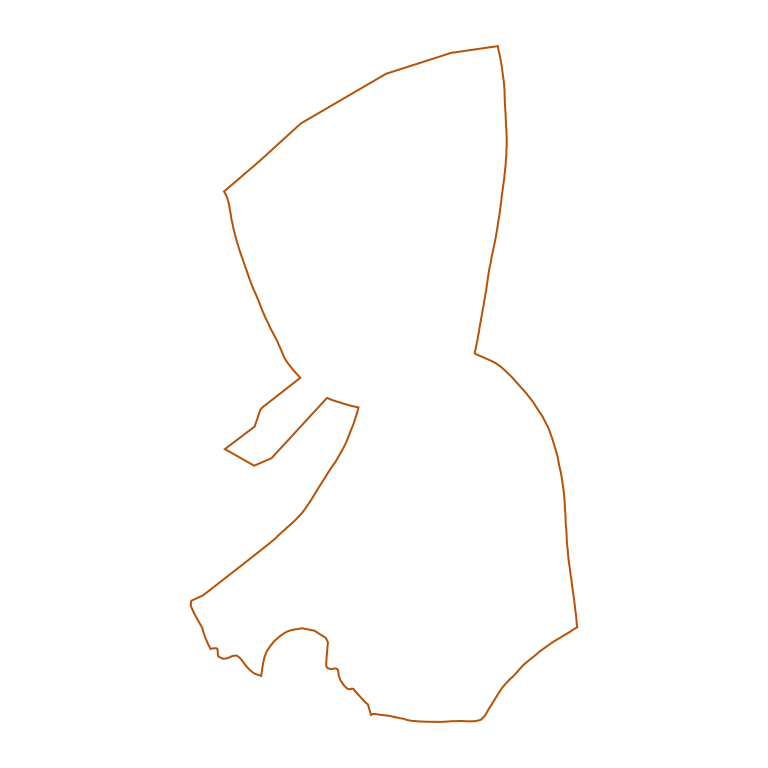 Al Quraishyah, Al Bayda', Yemen (Robinson projection)
{"feature_id": "15242507B46472407161282", "entity_name": "Al Quraishyah", "entity_type": "district", "adm_level": 2, "iso_a3": "YEM", "parent_name": "Yemen", "parent_adm1": "Al Bayda'", "projection": "robinson", "projection_center": [44.898, 14.605], "detail": "fine", "context": "isolated", "style": "outline", "palette": "amber", "viewbox_px": 768, "rotation_deg": 0, "n_neighbors": 0, "source": "geoboundaries", "source_scale": "gbopen_adm2", "svg_char_len": 6073}
<svg xmlns="http://www.w3.org/2000/svg" viewBox="0 0 768 768"><path d="M466.6,721.3L470.6,721.3L473.6,721.2L475.2,721.2L475.9,721.0L478.6,720.4L481.0,719.7L483.1,717.6L484.9,715.6L486.5,713.1L488.0,710.3L489.5,707.8L491.6,704.6L493.0,702.2L494.6,699.7L496.1,697.2L497.7,694.6L499.5,691.8L501.2,689.2L502.8,687.0L504.6,684.9L506.7,682.6L508.6,680.6L510.7,678.5L513.1,676.4L515.4,673.9L517.3,671.8L519.1,669.8L521.3,667.2L523.1,665.3L525.4,663.2L527.5,661.5L529.9,659.6L535.0,655.5L537.1,653.7L539.1,651.9L541.3,650.3L543.6,648.6L546.2,646.8L549.1,644.7L554.2,641.2L557.1,639.5L559.7,638.0L562.6,636.1L565.2,634.7L567.5,633.3L570.0,631.8L572.3,630.1L575.8,628.0L577.3,627.3L576.8,624.7L576.6,621.7L576.3,618.3L576.0,615.2L575.6,611.9L575.1,609.0L574.9,606.2L574.5,603.2L574.2,600.1L573.3,594.2L572.9,591.3L572.5,588.3L572.1,585.5L571.7,582.6L571.4,579.4L570.8,576.4L569.4,565.3L568.9,562.3L568.5,558.7L568.1,554.9L567.6,548.7L567.2,545.5L566.9,542.6L566.7,538.4L566.6,535.3L566.3,529.5L565.6,522.4L565.6,519.5L565.3,512.8L565.0,510.0L564.6,500.8L564.3,497.5L564.0,493.9L563.4,489.4L563.1,487.2L562.7,484.4L562.4,482.0L562.3,481.6L561.8,478.3L561.3,474.9L560.7,471.8L559.4,466.4L558.8,463.4L558.2,460.0L557.6,456.7L556.7,453.5L555.9,450.8L555.0,447.8L554.1,444.6L553.1,441.4L552.3,438.7L551.3,436.0L550.1,432.5L549.0,429.7L547.9,426.9L546.6,424.5L545.3,422.0L543.9,419.3L542.7,416.8L539.3,411.7L537.6,409.1L535.9,406.5L534.1,403.6L532.5,401.3L530.9,399.1L528.6,396.3L526.4,393.4L522.2,388.7L520.2,386.5L519.3,385.5L517.7,383.6L515.5,381.3L514.2,379.7L513.5,378.9L512.2,377.5L509.8,375.1L507.7,373.1L503.3,368.9L501.2,367.1L499.1,365.5L496.9,364.0L494.8,362.6L492.3,361.4L490.0,360.3L484.4,357.8L481.9,356.8L479.2,355.6L476.4,354.4L474.6,353.2L474.8,352.2L475.1,350.7L475.4,349.8L475.8,348.1L476.5,344.4L476.7,343.4L477.0,342.1L477.6,339.1L478.1,335.8L478.8,332.5L479.3,329.1L479.8,326.2L481.1,319.0L482.3,312.3L482.7,309.6L483.4,306.8L483.8,303.6L483.8,303.4L484.4,300.2L484.9,297.8L485.0,296.9L485.6,293.0L486.3,289.5L486.6,286.9L487.2,283.3L487.7,279.2L488.1,276.5L489.3,268.9L490.8,262.3L491.3,259.1L491.8,256.0L492.5,253.1L493.2,250.0L493.8,246.5L494.1,245.3L494.3,244.6L494.5,243.6L495.2,240.4L495.3,239.6L496.2,234.6L496.9,230.7L497.5,226.8L497.9,223.8L498.5,220.3L499.0,217.0L499.5,214.0L500.0,210.5L500.4,207.2L501.4,199.9L501.6,197.1L502.5,190.7L502.9,187.6L503.8,181.4L504.3,177.4L504.6,174.1L505.0,170.7L505.3,167.7L505.7,164.4L505.8,161.6L505.9,158.8L506.3,155.7L506.4,152.9L506.4,149.7L506.7,145.9L506.7,140.1L506.5,132.7L506.3,129.2L506.0,125.7L505.9,121.8L505.6,114.3L505.1,107.2L504.8,100.8L504.7,97.8L504.6,94.7L504.6,91.8L504.4,88.8L504.1,85.5L503.9,82.3L503.4,78.6L502.9,75.3L502.0,68.6L501.6,65.6L501.1,62.8L500.5,59.0L499.8,55.4L499.0,52.3L498.3,49.0L497.9,46.1L451.0,52.9L386.0,73.8L300.9,123.4L259.5,161.1L224.0,191.5L224.3,192.0L225.9,194.8L227.1,197.7L228.0,200.6L228.8,203.3L229.4,206.5L229.8,209.3L230.4,212.2L230.9,215.4L231.3,218.5L231.9,221.2L232.7,224.5L233.2,227.4L233.9,230.2L234.7,233.7L235.5,236.7L236.4,240.0L237.2,242.7L239.1,248.9L240.0,251.5L241.1,254.9L242.1,257.7L243.1,260.5L244.0,263.1L244.9,265.9L246.1,269.0L247.0,271.8L248.1,274.8L249.1,277.8L251.1,283.3L252.1,285.9L254.6,291.7L255.9,294.4L257.0,297.2L258.1,299.7L259.2,302.3L260.2,305.1L262.5,311.0L263.6,313.5L264.8,316.3L265.9,318.8L267.4,321.7L268.7,324.4L269.8,326.9L271.2,329.7L272.6,332.4L274.1,335.2L276.3,339.3L276.8,340.2L278.0,343.0L279.2,345.8L280.6,348.8L282.9,354.2L283.6,355.9L283.9,356.8L285.2,359.2L286.7,361.5L288.4,363.9L290.2,366.2L292.3,368.9L294.4,371.3L296.6,373.8L298.5,375.8L300.3,377.8L262.9,407.0L260.5,409.5L254.6,426.6L224.9,449.1L254.2,465.7L271.5,458.2L289.1,439.1L327.0,397.9L327.7,398.2L330.5,399.4L333.3,400.4L336.1,401.3L339.4,402.3L344.9,404.1L347.5,404.8L349.9,405.5L352.3,406.1L355.5,406.8L357.9,407.2L358.5,407.4L358.4,407.9L357.6,410.9L356.8,413.8L355.7,417.2L354.8,419.9L353.9,422.8L352.8,425.7L350.7,430.9L349.5,433.9L348.4,436.9L347.2,439.8L345.9,442.9L344.5,445.8L343.0,448.7L341.4,451.5L339.8,454.4L338.2,457.1L335.1,462.4L333.2,464.9L331.7,467.2L328.5,472.0L326.8,474.7L325.3,477.3L323.3,480.3L321.1,483.8L320.1,485.3L318.7,487.6L317.0,490.3L315.2,493.3L313.6,495.8L311.8,498.9L310.4,501.2L308.6,503.7L305.0,509.0L303.4,511.2L301.7,513.3L299.6,515.6L297.6,517.7L295.1,520.3L292.5,522.7L289.8,525.2L287.4,527.2L285.0,529.5L282.7,531.4L280.1,533.8L277.9,535.8L276.1,537.8L274.1,539.6L272.0,541.2L270.0,542.9L269.4,543.4L243.7,563.7L203.1,595.3L191.3,600.7L190.7,605.8L194.5,614.1L202.6,628.5L202.6,629.6L203.5,632.4L205.3,637.8L206.9,641.2L208.1,644.2L209.7,647.3L210.5,648.9L211.3,648.6L216.0,648.1L217.5,649.2L217.8,652.1L217.8,654.2L218.4,656.6L223.1,658.8L223.3,658.8L226.0,658.5L228.5,657.8L231.4,656.4L234.0,655.7L236.5,655.5L238.9,657.1L240.8,659.0L242.6,661.3L244.2,663.5L245.8,665.6L247.8,667.8L250.1,670.2L252.3,672.0L254.4,673.5L256.8,674.5L259.5,675.3L261.2,675.9L261.2,675.4L261.7,672.6L262.1,669.7L262.3,668.5L262.5,666.9L262.6,666.4L263.1,663.3L263.7,660.5L264.4,657.4L265.5,654.4L266.5,651.8L268.1,649.2L270.1,646.3L271.7,644.4L273.8,641.7L275.7,639.8L277.9,637.9L280.1,636.1L282.2,634.6L284.3,633.1L286.7,631.8L289.0,630.9L291.5,630.1L293.9,629.6L296.7,629.1L298.5,629.0L301.9,628.2L314.5,630.7L325.9,638.0L327.9,642.4L327.1,651.6L326.2,662.5L326.2,665.8L327.1,667.7L328.3,668.3L330.2,669.1L331.9,669.1L333.3,668.5L336.2,668.5L338.1,670.1L338.6,675.1L340.7,681.0L341.7,681.9L343.1,684.3L344.5,686.0L345.7,687.0L346.9,688.4L347.9,688.9L350.1,689.3L351.5,688.8L352.1,688.6L353.6,689.0L354.5,690.6L366.0,703.0L367.9,704.3L371.0,714.9L372.5,714.1L374.7,713.9L375.4,713.9L378.3,714.5L380.9,714.9L383.9,715.2L386.5,715.5L389.4,715.9L392.1,716.5L394.6,717.2L394.6,716.9L397.5,717.6L400.4,718.3L402.9,718.6L405.4,719.4L407.8,720.1L410.3,720.6L412.9,721.0L415.4,721.0L418.0,721.4L420.4,721.5L420.7,721.5L429.0,721.8L431.5,721.8L434.0,721.8L436.7,721.9L439.7,721.9L442.8,721.9L445.4,721.6L448.3,721.5L451.3,721.2L454.2,721.2L456.7,721.1L459.2,721.0L462.6,721.0L466.6,721.3Z" fill="none" stroke="#b45309" stroke-width="2"/></svg>